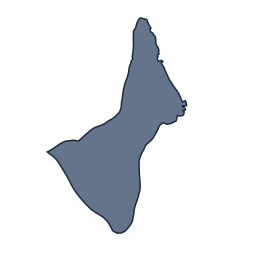 the district of Al Had, Lahij, Yemen, rotated 143°
{"feature_id": "15242507B34895471289505", "entity_name": "Al Had", "entity_type": "district", "adm_level": 2, "iso_a3": "YEM", "parent_name": "Yemen", "parent_adm1": "Lahij", "projection": "equal_earth", "projection_center": [45.197, 13.951], "detail": "fine", "context": "isolated", "style": "filled", "palette": "slate", "viewbox_px": 256, "rotation_deg": 143, "n_neighbors": 0, "source": "geoboundaries", "source_scale": "gbopen_adm2", "svg_char_len": 4002}
<svg xmlns="http://www.w3.org/2000/svg" viewBox="0 0 256 256"><g transform="rotate(143 128 128)"><path d="M206.9,157.5L206.8,157.0L206.0,154.1L204.5,149.1L204.2,144.5L204.1,143.9L204.3,142.5L204.5,139.6L204.6,138.7L204.7,137.5L205.1,133.3L205.2,132.1L205.4,130.4L205.4,130.0L205.6,127.8L206.3,122.6L207.0,119.0L207.3,117.5L208.0,112.3L208.0,110.8L208.2,108.7L208.3,106.9L208.1,101.5L208.0,99.3L207.9,97.1L207.8,96.0L207.3,91.8L207.2,90.5L206.5,85.3L206.2,84.4L205.0,80.8L204.9,80.5L204.6,79.7L203.0,75.9L201.3,70.7L200.8,66.7L200.6,65.4L201.2,60.1L201.6,57.9L201.9,56.3L202.1,55.2L200.4,51.5L200.0,50.6L196.4,48.1L192.4,47.4L192.0,47.5L191.9,47.5L190.3,47.7L184.6,49.1L180.6,50.9L180.2,51.3L175.0,56.1L172.1,59.0L171.0,60.1L168.1,62.3L165.1,64.2L162.0,66.4L159.6,68.2L158.7,69.0L155.7,71.5L153.4,74.0L151.7,76.4L148.7,81.3L148.5,81.6L145.0,86.8L141.2,92.1L140.6,92.9L139.4,94.7L137.4,96.3L135.4,97.8L133.7,98.9L133.1,99.2L128.3,101.3L124.4,103.6L123.3,103.7L117.0,104.3L116.5,104.4L115.4,104.6L113.4,105.1L111.3,106.0L107.7,107.6L104.6,109.1L101.5,111.0L97.2,111.2L96.9,111.2L96.4,110.5L94.7,107.6L90.8,105.7L85.3,104.7L85.2,104.7L81.6,107.7L81.1,108.2L80.7,107.8L78.6,105.8L77.7,105.5L76.5,105.1L75.9,105.1L75.3,105.5L74.8,105.9L74.2,106.2L73.8,106.8L73.4,107.4L73.5,108.2L73.5,108.9L72.9,108.5L72.4,108.0L71.8,107.8L71.2,108.1L70.7,108.7L70.7,109.4L70.9,110.3L71.2,111.0L71.5,111.6L71.5,112.4L70.9,112.8L70.4,112.4L69.9,112.0L69.5,111.4L69.0,111.0L68.4,110.7L67.8,110.8L67.3,111.3L66.9,112.0L66.5,112.7L66.2,113.5L65.9,114.2L65.9,115.1L66.3,115.6L67.0,115.6L67.6,115.7L68.1,115.8L68.7,116.3L68.6,117.1L68.5,117.8L68.3,118.6L68.1,119.4L67.8,120.2L67.6,121.0L67.4,121.7L67.3,122.5L67.1,123.3L66.9,124.1L66.9,124.9L66.7,125.8L66.6,126.6L66.6,127.5L66.4,128.5L66.5,129.3L66.5,130.0L66.5,130.8L66.5,131.6L66.5,132.3L66.5,133.2L66.5,134.0L66.5,134.8L66.3,135.6L66.2,136.6L66.2,137.6L66.1,138.5L66.0,139.3L66.0,139.6L66.0,140.3L65.9,141.3L65.8,142.2L65.6,143.0L65.4,143.9L65.2,144.8L65.0,145.6L64.8,146.6L64.7,147.3L64.5,148.1L64.3,148.9L64.1,149.8L63.9,150.9L63.8,151.7L63.5,152.4L63.3,153.1L63.1,153.8L62.9,154.6L62.8,155.4L62.8,156.2L62.7,157.0L62.5,158.0L62.4,158.9L62.3,159.6L62.0,160.4L61.4,160.3L60.9,159.9L60.3,159.9L60.2,160.7L60.3,161.5L60.8,162.0L61.4,162.2L62.0,162.3L62.6,162.6L63.2,163.1L63.5,163.7L63.4,164.6L63.1,165.2L62.7,165.9L62.2,166.4L61.7,166.7L60.8,167.1L60.8,167.9L60.6,168.6L60.0,168.7L58.6,168.5L58.4,169.2L58.0,169.9L57.6,170.4L57.2,171.0L56.6,171.5L56.3,172.2L55.9,173.2L55.6,173.9L55.5,174.7L55.6,175.4L55.6,176.2L55.4,177.0L55.2,177.8L54.9,178.7L54.6,179.3L54.1,180.0L53.6,180.7L53.1,181.3L52.7,181.8L52.3,182.5L51.9,183.2L51.6,183.8L51.3,184.6L51.3,185.5L51.4,186.3L51.4,187.1L51.3,187.9L51.2,188.8L51.3,189.6L51.5,190.3L51.9,191.0L51.8,191.8L51.7,192.5L51.3,193.0L50.7,193.4L50.1,193.6L49.6,194.0L49.4,194.7L49.5,195.3L49.2,197.6L48.3,201.4L47.7,203.4L51.1,207.5L51.9,208.5L52.5,208.6L53.5,208.3L54.9,207.9L56.3,207.3L57.7,206.4L58.8,205.6L60.0,204.7L61.1,203.8L62.3,203.1L63.6,202.7L64.9,202.3L65.9,201.3L66.8,200.1L67.9,198.7L69.0,197.3L70.0,196.2L71.0,194.7L71.9,193.4L72.9,192.0L74.0,190.7L74.5,190.0L75.1,189.3L76.2,187.9L77.3,186.8L78.4,185.6L79.5,184.4L80.8,183.3L81.8,182.4L82.7,180.3L83.9,179.9L85.2,179.5L86.3,178.5L87.7,177.5L89.0,176.6L90.2,175.9L91.4,174.9L92.5,173.7L93.5,172.6L94.6,171.6L96.0,170.5L96.0,170.4L97.2,169.6L98.3,168.7L99.6,168.0L100.8,167.2L102.2,166.4L103.4,165.6L104.8,164.5L106.0,163.4L107.2,162.4L108.5,161.4L114.5,155.4L117.5,152.5L118.0,152.0L121.6,148.1L123.0,147.2L124.2,146.4L125.5,145.8L127.0,145.5L128.3,145.3L129.8,145.1L131.1,144.9L132.5,144.9L133.8,144.8L135.2,144.9L136.5,145.0L138.0,145.3L139.7,145.4L141.3,145.6L143.0,145.5L144.4,145.6L149.5,146.8L153.9,148.3L157.0,148.6L160.2,148.7L162.9,148.4L168.1,148.1L175.0,147.4L176.1,148.0L177.3,149.4L178.7,150.8L179.1,151.2L181.2,152.4L183.2,153.6L186.4,155.3L192.0,156.3L202.3,156.7L202.8,157.0L204.2,156.9L206.9,157.5Z" fill="#64748b" stroke="#1e293b" stroke-width="1.5"/></g></svg>